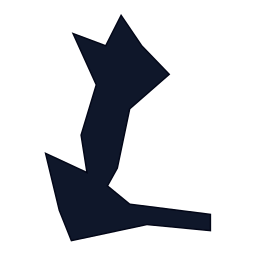 map outline of Sandys (Albers equal-area conic projection)
{"feature_id": "BMU-5141", "entity_name": "Sandys", "entity_type": "state/province", "adm_level": 1, "iso_a3": "BMU", "parent_name": "Bermuda", "parent_adm1": "", "projection": "albers", "projection_center": [-64.87, 32.287], "detail": "fine", "context": "isolated", "style": "filled", "palette": "ink", "viewbox_px": 256, "rotation_deg": 0, "n_neighbors": 0, "source": "natural_earth", "source_scale": "10m", "svg_char_len": 346}
<svg xmlns="http://www.w3.org/2000/svg" viewBox="0 0 256 256"><path d="M71.4,240.6L59.3,210.3L45.6,153.4L87.0,172.6L81.1,135.1L96.3,84.8L73.1,33.6L105.7,45.8L121.1,15.4L141.7,45.8L169.2,74.3L129.7,108.8L117.3,168.1L107.4,185.9L129.7,204.2L210.4,214.4L210.4,230.6L146.9,224.5L71.4,240.6Z" fill="#0f172a" stroke="#020617" stroke-width="1.5"/></svg>